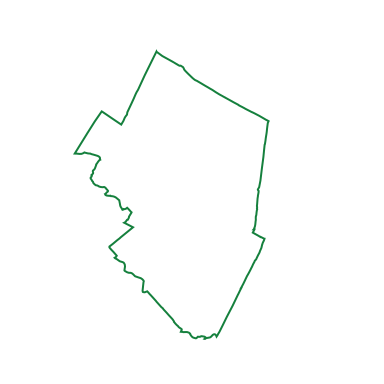 the district of Stefan Cel Mare, Arges, Romania, rotated 159°
{"feature_id": "2599482B99877909755934", "entity_name": "Stefan Cel Mare", "entity_type": "district", "adm_level": 2, "iso_a3": "ROU", "parent_name": "Romania", "parent_adm1": "Arges", "projection": "equal_earth", "projection_center": [25.249, 44.468], "detail": "fine", "context": "isolated", "style": "outline", "palette": "green", "viewbox_px": 384, "rotation_deg": 159, "n_neighbors": 0, "source": "geoboundaries", "source_scale": "gbopen_adm2", "svg_char_len": 5357}
<svg xmlns="http://www.w3.org/2000/svg" viewBox="0 0 384 384"><g transform="rotate(159 192 192)"><path d="M232.9,50.4L232.6,50.2L231.1,50.5L227.9,49.9L227.1,49.8L226.0,50.1L223.7,51.2L222.3,51.3L221.3,50.6L220.9,49.4L220.9,48.8L220.9,48.2L219.6,49.1L218.6,50.0L216.3,51.8L210.3,57.3L204.4,62.8L194.9,71.2L189.7,76.1L186.0,79.6L185.5,80.0L182.2,83.1L180.3,84.8L180.5,84.9L180.1,85.2L179.3,85.9L177.1,87.8L174.0,90.7L173.9,90.8L173.3,91.4L171.7,92.9L171.2,93.4L171.0,93.6L168.9,95.3L168.2,95.9L166.8,97.1L165.9,97.9L164.8,98.9L163.4,100.2L163.1,100.4L161.0,102.5L160.0,103.4L159.6,103.7L158.6,104.6L157.9,105.4L157.4,105.6L156.3,106.1L155.3,107.1L154.9,107.5L153.1,109.2L151.1,110.9L150.4,111.6L149.8,112.4L148.7,113.5L147.4,114.8L147.1,115.1L146.9,115.5L146.6,115.9L145.4,117.7L144.9,118.2L144.6,118.7L143.6,119.7L142.7,120.5L141.6,121.7L141.1,122.4L141.3,122.5L144.1,125.6L144.3,125.5L144.5,125.8L145.5,127.1L146.3,128.1L147.0,128.9L148.4,130.6L149.8,132.3L148.4,133.5L147.0,134.7L146.9,135.0L147.3,135.0L147.6,135.1L147.4,135.2L146.9,135.9L146.5,136.2L145.8,137.1L145.4,137.6L144.5,139.1L143.3,141.5L142.4,143.1L142.1,144.0L141.8,144.8L141.6,145.3L141.2,146.2L141.0,146.4L140.9,146.6L140.2,147.5L138.9,150.1L138.2,151.3L138.0,151.7L137.4,152.4L137.4,152.5L137.2,153.6L136.9,153.8L136.8,154.1L136.7,154.4L136.5,155.0L136.5,155.4L136.4,155.7L135.6,157.2L134.8,158.9L133.9,160.8L133.2,162.3L132.7,163.2L132.1,164.2L131.7,165.1L131.1,166.0L130.2,167.5L129.7,168.4L129.7,168.6L129.4,169.2L129.7,170.1L129.7,170.6L129.5,170.9L129.2,171.1L128.8,171.4L128.1,172.0L127.6,172.4L124.1,178.0L118.5,188.6L112.8,199.1L110.1,204.5L107.3,210.0L107.1,210.3L106.8,210.5L106.1,211.7L104.9,213.8L103.8,215.9L101.7,219.5L100.6,221.5L99.5,223.7L98.4,225.8L96.6,229.1L95.5,230.3L95.3,230.5L95.1,230.7L96.2,232.0L97.2,233.1L98.3,234.5L99.5,236.0L100.7,237.5L102.0,239.1L104.3,241.7L105.6,243.2L106.6,244.2L106.9,244.7L107.4,245.0L107.6,245.2L108.9,246.7L110.7,248.7L111.5,249.6L112.4,250.6L113.0,251.4L113.7,252.2L114.9,253.6L116.1,254.9L117.4,256.4L117.4,256.7L120.8,260.6L131.7,273.6L132.9,275.2L133.7,276.2L134.7,277.6L136.4,280.0L137.9,281.8L139.7,284.1L141.1,285.8L143.0,288.2L144.4,290.0L146.0,292.0L147.2,293.5L147.4,293.8L147.8,294.2L148.4,294.8L149.0,295.4L149.3,295.9L149.7,296.5L150.8,298.5L153.4,304.1L154.4,306.4L154.9,307.6L155.4,309.1L155.4,310.4L155.6,311.7L157.3,314.0L158.5,314.4L159.5,315.6L163.2,320.3L171.0,329.6L174.9,335.7L174.9,335.8L179.9,331.2L194.2,318.0L205.7,306.8L208.0,305.0L209.8,303.3L212.8,300.2L216.6,296.5L223.8,289.6L225.0,287.5L225.9,287.0L227.3,286.1L228.4,285.2L230.5,283.0L233.9,280.3L238.4,286.7L243.8,294.5L246.3,298.1L247.4,299.6L257.5,292.7L267.0,285.6L268.1,284.8L287.7,269.9L286.6,269.4L285.7,269.1L285.2,268.8L283.2,267.8L281.4,267.2L279.3,267.2L278.3,267.5L277.7,267.0L275.3,265.3L273.0,264.2L272.8,263.9L272.3,263.4L270.6,262.2L269.3,261.2L267.0,259.4L266.2,258.4L265.8,257.7L265.7,256.7L265.9,256.2L266.1,255.9L266.1,255.0L266.6,255.0L267.5,254.7L269.0,253.8L270.8,252.5L271.6,252.1L271.8,251.5L274.2,248.8L275.0,248.2L275.3,248.0L276.7,247.5L277.0,247.2L277.2,246.8L277.3,245.8L277.7,244.8L278.4,244.4L279.8,243.9L279.9,243.6L279.7,243.0L280.2,242.5L280.6,242.1L281.3,241.9L281.5,241.7L281.8,240.8L281.5,240.0L281.3,238.8L281.2,237.8L280.9,237.4L280.8,237.0L280.9,235.8L280.2,234.1L279.4,232.8L278.2,232.1L277.5,231.4L277.2,231.1L276.8,230.4L275.3,229.3L273.5,228.4L272.3,228.2L271.3,227.1L270.9,225.7L270.4,224.5L270.0,223.1L270.4,222.6L271.3,222.3L272.0,222.1L272.6,221.7L273.3,221.2L273.9,221.2L273.8,220.2L273.1,219.4L271.7,218.6L270.2,217.9L269.5,217.8L269.2,217.2L268.0,216.7L266.6,215.8L265.2,214.4L264.2,212.7L262.9,210.3L263.2,208.7L263.5,206.9L263.7,206.0L263.9,204.9L263.9,203.8L263.5,202.0L263.3,200.3L263.0,200.2L262.7,200.6L262.1,200.7L261.6,200.3L260.8,200.1L260.0,200.1L259.3,200.1L258.2,200.5L257.3,198.6L256.6,196.8L256.1,195.4L255.7,194.7L256.2,194.2L258.2,192.7L259.7,191.5L259.9,191.0L260.4,190.4L261.9,189.1L262.6,189.3L264.9,187.8L266.3,187.6L259.7,180.2L273.1,175.8L275.2,175.1L275.4,175.0L276.1,174.7L279.1,173.8L284.6,171.9L288.6,170.7L288.9,170.2L288.9,169.6L288.2,167.5L287.2,165.1L286.7,163.9L286.5,163.3L285.1,159.5L285.8,158.9L286.6,158.5L287.8,158.3L287.6,157.8L286.3,156.3L284.5,153.6L284.1,153.1L281.9,151.4L281.1,150.5L280.8,149.0L280.8,148.1L281.1,147.1L281.3,146.3L281.8,145.5L282.7,143.9L283.2,142.9L283.1,142.6L282.7,142.0L282.2,141.4L281.3,140.3L279.9,139.2L278.2,138.5L277.2,137.6L276.4,136.2L275.9,135.0L275.3,133.7L274.1,132.7L272.7,131.5L270.7,129.9L269.6,128.3L269.0,126.7L269.0,126.0L269.7,125.0L271.6,121.3L273.5,117.6L273.7,116.6L273.7,116.3L273.1,115.8L272.0,115.3L269.4,115.3L268.9,114.1L267.9,111.3L267.7,111.0L264.7,103.2L264.5,102.4L263.5,99.8L261.9,95.6L260.8,93.6L260.8,93.1L260.6,92.5L259.8,90.5L259.0,88.5L257.7,85.0L256.2,81.3L255.7,79.9L255.2,77.6L255.4,77.2L255.2,76.8L255.2,76.7L254.6,74.9L253.8,73.0L253.2,72.0L253.0,71.3L252.8,70.6L252.3,69.8L251.2,68.3L250.8,67.5L251.1,66.9L252.5,65.5L251.9,65.2L250.8,64.7L250.4,64.3L248.3,63.6L246.8,63.0L245.4,61.9L244.8,61.0L244.5,60.2L244.7,59.7L244.4,58.7L244.1,57.4L243.6,56.4L243.0,55.6L241.4,54.4L241.0,54.1L240.7,54.0L240.3,54.0L239.4,54.3L238.4,54.8L237.2,54.2L236.0,53.9L235.1,54.1L233.9,53.5L232.6,52.7L232.1,52.4L231.5,51.5L231.7,51.2L232.0,50.8L232.9,50.4Z" fill="none" stroke="#15803d" stroke-width="2"/></g></svg>